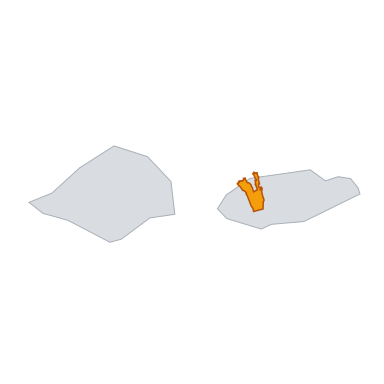 Sagaga le Falefa, A'ana, Samoa shown in context, rotated 334°
{"feature_id": "51752279B7891864282518", "entity_name": "Sagaga le Falefa", "entity_type": "district", "adm_level": 2, "iso_a3": "WSM", "parent_name": "Samoa", "parent_adm1": "A'ana", "projection": "robinson", "projection_center": [-171.867, -13.864], "detail": "fine", "context": "in_parent", "style": "filled", "palette": "amber", "viewbox_px": 384, "rotation_deg": 334, "n_neighbors": 0, "source": "geoboundaries", "source_scale": "gbopen_adm2", "svg_char_len": 4153}
<svg xmlns="http://www.w3.org/2000/svg" viewBox="0 0 384 384"><g transform="rotate(334 192 192)"><path d="M142.1,116.4L167.6,140.9L177.7,173.4L166.8,204.5L142.7,196.8L107.8,203.4L96.2,201.2L68.1,163.1L48.7,145.9L40.9,129.8L65.6,131.6L101.7,121.0L142.1,116.4ZM342.1,267.4L279.8,267.6L249.0,255.8L238.0,255.7L211.6,231.1L207.5,218.2L221.4,209.7L250.2,205.2L308.0,223.9L316.8,240.5L330.1,242.3L340.4,249.5L343.1,261.1L342.1,267.4Z" fill="#d9dde1" stroke="#a8b0b8" stroke-width="1"/><path d="M244.9,237.7L248.4,238.4L251.8,231.9L252.3,231.7L252.5,231.7L252.8,231.4L253.0,231.1L253.0,230.8L253.1,230.6L253.4,230.1L253.4,229.9L253.4,229.6L253.5,229.4L253.6,228.6L253.6,228.4L253.6,228.2L253.4,228.0L253.4,227.7L253.5,227.7L253.7,227.2L253.8,226.7L253.9,225.8L254.0,225.5L254.0,225.3L254.1,225.1L254.2,224.6L255.2,220.5L255.5,220.6L255.8,220.8L256.0,220.8L256.5,219.2L256.2,219.2L255.9,219.1L255.7,219.2L255.3,219.3L255.1,219.5L254.8,219.5L256.5,218.2L256.2,217.8L255.3,217.7L254.7,217.6L254.3,217.6L254.4,217.2L254.3,216.6L254.3,216.3L254.2,216.2L254.4,215.8L254.5,215.6L254.7,215.4L254.9,215.2L255.0,214.9L255.2,214.5L255.3,214.1L255.6,214.1L256.2,214.3L256.3,213.4L256.6,213.1L256.7,211.8L256.8,211.3L256.9,210.8L256.9,210.6L257.0,210.3L257.2,209.8L257.4,209.5L257.5,209.2L257.7,208.9L257.9,208.8L258.0,208.6L258.2,208.3L258.3,208.1L258.4,207.8L258.1,207.8L258.2,207.3L258.4,204.5L258.5,204.2L258.7,203.9L258.9,203.4L258.7,203.4L258.5,203.2L258.3,203.0L258.1,203.1L257.9,203.3L257.6,203.3L257.5,203.2L257.4,203.2L257.2,203.0L257.2,202.8L257.1,202.6L257.1,202.3L256.9,202.2L256.7,202.2L256.8,202.0L256.7,201.8L256.6,201.7L256.3,201.7L256.2,201.6L256.1,201.9L256.0,202.0L255.8,202.1L255.7,202.1L255.4,202.2L255.1,202.1L255.2,201.9L254.9,202.0L254.8,202.4L254.8,202.5L254.7,202.6L254.8,202.7L255.0,202.9L255.0,203.0L255.1,203.6L255.2,203.9L255.1,204.0L255.1,204.7L255.0,205.5L254.9,206.1L254.9,207.1L255.0,207.7L255.0,208.9L255.2,209.0L254.7,209.8L254.3,209.5L254.0,209.4L253.8,209.3L253.8,209.7L253.2,211.1L252.9,212.2L252.6,213.2L252.2,213.0L252.2,215.2L252.3,215.3L252.0,216.0L251.9,217.8L251.7,218.4L251.6,218.8L251.2,218.8L250.9,218.7L250.9,218.8L249.0,218.8L248.3,218.8L247.5,218.9L247.5,218.2L247.6,217.7L247.7,216.9L247.9,215.8L247.9,215.7L247.9,215.3L248.0,215.2L248.1,214.9L248.1,214.5L248.1,214.1L248.1,213.8L248.1,213.5L248.0,213.3L248.0,213.1L248.0,212.7L248.0,212.4L248.1,212.2L248.2,211.8L248.2,211.6L248.1,211.3L248.0,211.1L248.0,210.8L248.0,210.6L247.9,210.3L247.8,210.1L247.5,209.3L247.4,209.0L247.3,208.9L247.2,208.7L246.8,208.4L246.3,208.2L246.1,208.0L245.9,207.9L245.8,207.7L245.7,207.4L245.7,207.2L245.8,207.1L245.7,206.6L245.8,206.3L245.7,205.4L245.6,204.8L245.6,204.4L245.6,204.1L245.7,203.8L245.8,203.4L245.8,203.2L245.7,202.9L246.0,202.9L246.1,202.5L245.9,202.8L245.8,202.7L245.7,202.8L245.4,202.9L245.2,202.8L245.1,202.7L244.7,202.6L244.5,202.8L244.4,202.7L244.4,202.8L244.2,203.0L243.8,203.4L243.7,203.6L243.8,203.7L243.7,203.8L243.4,203.8L243.4,203.7L243.3,203.8L243.2,204.0L242.9,204.0L242.7,204.0L242.6,203.9L242.5,204.0L242.3,204.0L242.1,204.0L242.1,203.9L242.1,204.0L241.9,203.9L241.7,203.8L241.7,203.7L241.4,203.7L241.3,203.8L241.2,203.8L240.9,203.8L240.8,203.7L240.6,203.5L240.5,203.4L240.4,203.2L240.2,202.9L239.9,202.9L239.8,203.0L239.6,203.2L239.4,203.3L239.2,203.3L239.1,203.2L238.9,203.0L238.5,203.4L238.3,203.4L238.3,203.5L238.2,203.6L238.2,203.8L238.0,204.0L237.9,204.1L237.7,204.1L237.8,204.2L237.6,204.2L237.4,204.2L237.3,204.3L237.2,204.4L237.0,204.5L236.9,204.6L236.6,204.6L236.4,204.6L236.4,205.0L236.4,205.3L236.6,205.7L236.7,206.0L236.8,206.4L236.9,206.6L236.9,206.8L237.0,207.1L237.1,207.3L237.3,207.5L237.5,207.8L237.5,208.0L238.0,210.4L238.1,210.6L238.1,211.2L238.1,211.7L238.2,212.3L238.2,212.6L238.5,212.7L238.5,212.8L238.8,213.2L239.2,213.7L239.7,214.3L240.4,216.1L240.5,216.9L240.2,217.0L240.0,216.9L239.9,217.1L239.8,217.7L239.9,217.9L239.9,218.0L239.9,218.5L240.0,218.5L240.1,219.9L240.0,220.0L239.9,220.9L239.7,223.3L239.6,223.7L239.6,224.3L239.6,224.9L239.6,225.3L239.5,226.0L239.0,230.4L239.6,233.5L238.8,236.5L242.0,237.1L244.9,237.7Z" fill="#f59e0b" stroke="#b45309" stroke-width="1.5"/></g></svg>